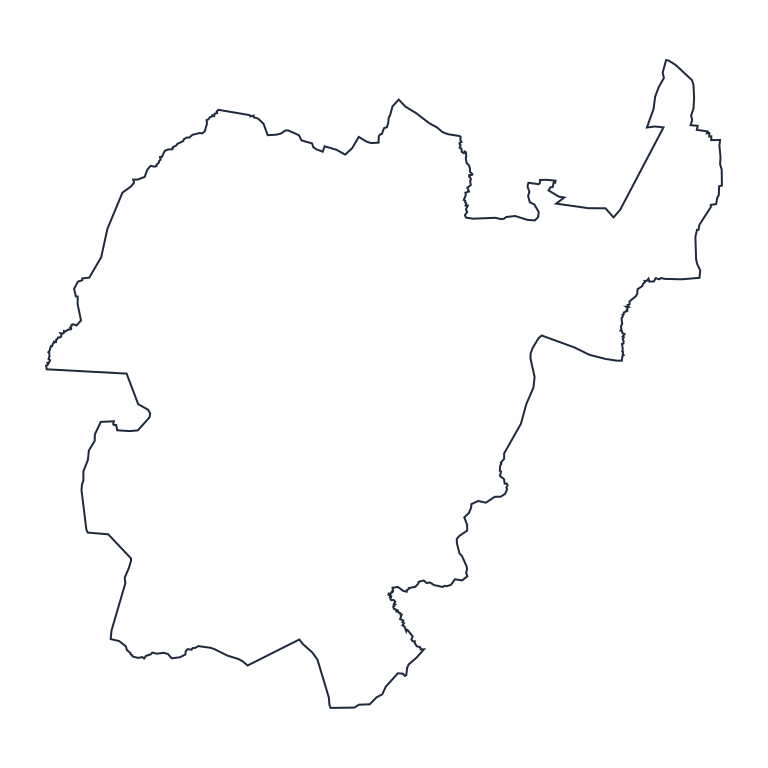 outline of Nang Rong, Buri Ram, Thailand
{"feature_id": "78962969B52670203653904", "entity_name": "Nang Rong", "entity_type": "district", "adm_level": 2, "iso_a3": "THA", "parent_name": "Thailand", "parent_adm1": "Buri Ram", "projection": "mercator", "projection_center": [102.757, 14.628], "detail": "fine", "context": "isolated", "style": "outline", "palette": "slate", "viewbox_px": 768, "rotation_deg": 0, "n_neighbors": 0, "source": "geoboundaries", "source_scale": "gbopen_adm2", "svg_char_len": 6060}
<svg xmlns="http://www.w3.org/2000/svg" viewBox="0 0 768 768"><path d="M699.5,277.8L700.2,270.4L697.1,263.8L696.1,259.4L695.4,236.8L697.0,229.8L698.5,229.8L699.4,224.8L710.8,207.1L710.8,204.9L716.1,204.1L717.4,197.4L718.8,195.2L719.1,186.2L721.9,185.6L721.7,169.5L720.1,164.3L720.5,157.1L719.4,145.4L720.1,140.0L711.2,140.1L711.3,136.3L709.2,136.5L709.4,133.1L706.9,133.3L707.7,131.5L696.8,129.8L697.7,125.8L690.6,125.2L692.2,120.1L691.1,115.7L693.5,108.4L694.1,97.7L693.5,85.2L692.1,80.3L675.7,65.0L668.5,60.5L666.1,60.1L662.7,72.5L663.9,78.0L658.8,86.9L655.2,96.5L653.5,109.2L646.9,127.5L655.1,126.5L663.5,127.4L620.1,209.9L613.5,217.4L605.5,208.3L588.5,208.2L556.2,203.6L564.3,197.5L559.0,196.7L548.5,190.4L550.5,187.3L552.8,186.9L553.6,182.7L555.2,182.7L555.5,180.7L546.7,179.8L540.0,180.0L539.9,182.8L538.7,184.2L528.5,182.8L527.8,184.9L527.6,186.8L529.4,191.8L528.1,196.0L529.8,202.3L534.3,204.4L538.7,212.0L538.2,217.0L534.9,220.4L527.6,219.9L515.1,216.0L506.4,217.0L503.7,218.8L500.8,219.1L495.5,217.8L472.9,218.7L466.0,217.6L464.9,215.2L467.2,212.0L465.9,209.6L467.8,205.5L465.6,205.5L466.2,203.3L465.1,202.2L465.3,200.8L463.8,199.9L465.8,195.1L465.4,192.7L469.0,191.5L467.3,187.9L470.8,185.0L470.1,180.9L470.9,179.5L470.2,177.4L469.2,176.8L469.2,175.1L471.8,175.0L472.4,174.1L470.0,171.9L469.9,168.3L468.7,164.9L466.7,163.2L465.7,158.1L466.3,156.7L465.9,152.2L464.6,151.5L464.3,153.0L463.4,153.1L461.7,151.7L461.5,148.7L459.7,147.8L460.6,145.1L459.5,143.9L459.7,142.8L461.4,142.1L460.3,139.7L460.7,136.9L459.4,136.0L448.0,134.2L442.5,132.1L436.8,127.3L429.4,123.3L415.9,113.0L405.4,106.6L398.7,99.6L392.5,106.4L390.0,115.6L388.7,117.5L388.3,122.6L386.9,127.2L384.0,128.2L381.8,134.1L380.1,134.4L378.8,136.2L378.6,142.6L371.1,143.1L366.4,141.6L358.8,136.9L352.2,148.1L345.2,154.6L336.3,149.7L324.6,146.3L322.7,151.7L316.3,149.3L313.2,147.1L312.1,143.4L301.5,140.4L298.9,135.2L288.1,130.4L285.4,130.5L281.0,133.5L276.3,134.7L267.7,135.2L263.5,123.7L258.1,118.6L253.8,117.3L253.6,115.6L250.4,116.4L249.6,115.1L218.4,109.8L216.7,111.5L217.1,113.1L214.6,113.7L214.1,116.1L212.3,115.2L212.0,116.5L210.3,116.9L208.1,119.6L206.6,120.1L207.0,123.6L204.7,131.4L202.1,133.4L199.7,133.0L192.4,134.8L189.6,137.5L186.9,137.5L183.8,139.3L183.2,141.1L177.4,143.8L176.5,145.3L172.5,147.5L172.8,148.8L171.9,149.4L168.3,149.4L164.7,150.9L161.9,156.9L160.0,157.0L160.6,159.7L158.9,161.2L158.9,162.5L156.4,165.0L156.6,165.9L154.8,166.7L150.6,165.9L147.3,169.6L144.7,176.9L137.5,179.6L133.2,179.6L134.0,182.7L131.3,186.2L122.4,192.7L107.4,228.9L101.2,257.2L89.2,277.7L82.3,278.4L82.2,280.3L77.9,281.6L74.1,288.8L75.8,296.3L77.7,296.6L77.6,304.1L81.0,320.5L76.5,325.4L73.1,324.2L71.4,325.0L71.7,326.0L70.2,327.4L71.2,328.4L70.9,329.3L68.1,329.6L65.6,331.4L63.9,331.0L63.9,332.9L62.7,333.6L60.5,333.2L61.4,334.5L61.2,336.5L60.4,337.3L57.9,337.5L57.3,339.2L56.3,339.5L56.0,342.0L54.2,341.6L54.4,342.6L53.1,343.3L52.1,346.2L50.9,346.1L49.5,350.9L48.4,352.1L49.2,352.7L49.5,356.1L48.5,359.0L50.1,360.2L49.1,362.4L47.5,362.8L48.3,363.9L47.4,365.1L46.1,365.5L46.7,369.3L126.6,373.6L138.2,404.2L148.3,409.9L150.2,413.6L149.4,417.5L137.8,430.4L129.6,431.1L117.3,430.3L116.1,425.0L113.7,424.9L113.2,424.0L113.9,421.3L100.8,421.9L94.9,434.3L94.7,440.9L88.9,450.4L87.9,459.9L83.4,471.3L83.4,480.5L82.0,484.3L81.5,490.2L86.4,529.8L87.8,532.6L108.2,534.3L131.0,558.4L131.0,560.8L128.8,568.2L124.7,577.7L125.4,583.1L111.5,630.5L110.7,639.1L119.2,641.1L125.7,646.2L127.0,650.2L130.4,653.0L130.5,654.3L132.1,655.0L132.6,656.5L138.1,657.9L142.3,657.1L144.2,658.5L146.0,655.9L150.7,654.4L152.4,652.6L157.0,653.7L163.6,652.8L167.8,653.9L171.7,658.3L179.9,657.3L185.4,654.5L185.7,651.2L187.7,649.1L191.6,649.7L192.6,648.1L195.6,647.8L198.2,646.1L210.6,647.8L214.6,649.2L227.2,655.5L238.3,659.0L242.7,661.3L247.6,665.5L299.3,639.5L302.6,643.8L312.4,652.6L317.4,659.5L328.9,697.7L329.4,704.9L330.5,707.9L354.3,707.6L358.9,704.7L369.7,704.3L376.6,697.3L382.3,694.3L385.7,686.8L397.8,673.3L403.1,673.7L404.7,675.9L406.2,675.3L407.2,667.6L408.8,664.3L416.5,657.7L424.0,649.3L420.6,649.3L420.2,647.2L416.8,646.3L414.8,643.1L414.8,641.3L413.5,641.5L411.9,640.4L411.4,639.4L412.7,636.4L407.4,629.8L406.6,629.7L406.2,631.2L404.6,626.7L402.5,625.4L404.0,623.1L402.5,622.2L403.3,620.5L400.1,619.0L401.7,614.6L400.5,614.6L400.3,613.1L398.9,612.8L398.3,611.5L397.0,611.6L397.4,610.4L396.1,610.6L395.7,609.4L393.9,608.8L393.2,606.5L394.3,606.0L393.9,604.9L395.1,604.4L394.0,603.7L395.3,601.8L393.6,600.0L391.2,600.1L390.3,598.7L390.9,597.5L390.0,597.1L391.1,596.1L388.4,594.7L388.8,593.5L390.5,594.0L391.7,591.7L392.5,592.2L393.1,590.9L392.5,587.7L397.9,587.0L403.3,590.9L406.7,591.7L406.9,590.0L408.7,589.1L408.8,588.1L415.3,586.8L418.2,583.7L418.7,581.8L423.7,580.5L426.7,583.0L430.0,582.5L434.1,585.1L442.8,587.0L444.5,585.8L446.9,586.2L451.0,584.8L454.9,579.3L462.1,580.4L467.4,576.2L466.1,572.9L467.1,569.0L466.6,566.3L462.1,556.3L459.4,553.2L456.9,543.2L456.8,538.9L459.2,536.1L467.2,530.5L467.1,524.8L464.3,517.3L468.9,513.0L471.1,507.7L471.4,504.1L478.2,501.0L485.9,502.7L494.7,496.8L500.7,496.7L505.1,493.9L507.1,489.1L506.4,487.6L507.6,485.1L506.8,483.6L504.6,483.6L504.1,479.2L500.0,476.0L501.0,471.6L499.8,470.8L500.2,465.6L501.4,463.9L500.7,462.8L504.2,458.7L504.1,453.5L520.9,423.8L526.3,404.1L533.4,387.8L534.6,376.9L530.5,358.6L530.6,353.4L532.7,347.9L538.5,338.3L541.7,335.5L574.3,347.4L589.4,354.8L605.3,358.9L617.0,360.7L621.9,360.6L622.4,356.2L623.7,355.1L622.7,354.1L623.1,352.0L622.3,351.4L622.8,349.5L622.0,343.9L623.5,343.5L623.6,340.9L622.6,339.2L623.9,337.3L622.6,336.5L624.6,334.1L622.5,333.1L621.8,330.9L620.5,330.6L621.4,329.3L621.0,326.4L622.2,323.5L621.5,318.5L622.8,316.3L622.5,314.8L623.6,314.5L623.8,312.5L627.1,311.0L626.6,310.1L627.4,309.6L627.4,307.7L626.2,306.8L628.9,306.9L627.7,305.0L629.6,304.3L629.6,301.3L635.9,296.1L637.3,293.6L637.6,289.1L642.2,286.2L643.0,283.9L645.1,282.0L644.6,280.9L647.0,280.7L648.5,278.7L649.3,281.6L654.0,281.4L655.6,278.2L659.3,279.3L661.1,278.0L664.7,278.9L681.7,279.3L699.5,277.8Z" fill="none" stroke="#1e293b" stroke-width="2"/></svg>